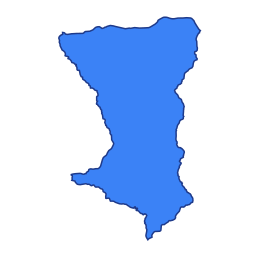 Caramanta, Antioquia, Colombia (Albers equal-area conic projection), rotated 271°
{"feature_id": "7082276B65135534410958", "entity_name": "Caramanta", "entity_type": "district", "adm_level": 2, "iso_a3": "COL", "parent_name": "Colombia", "parent_adm1": "Antioquia", "projection": "albers", "projection_center": [-75.642, 5.562], "detail": "fine", "context": "isolated", "style": "filled", "palette": "blue", "viewbox_px": 256, "rotation_deg": 271, "n_neighbors": 0, "source": "geoboundaries", "source_scale": "gbopen_adm2", "svg_char_len": 5808}
<svg xmlns="http://www.w3.org/2000/svg" viewBox="0 0 256 256"><g transform="rotate(271 128 128)"><path d="M16.6,149.8L17.4,150.4L18.0,151.3L19.2,153.9L21.2,153.7L22.8,154.5L24.7,156.1L25.0,156.8L25.3,161.4L25.6,162.0L26.0,162.5L26.7,162.7L30.8,163.0L31.2,163.1L31.6,163.5L32.1,164.5L32.0,165.8L33.8,168.2L34.7,169.7L35.9,170.5L36.1,170.8L36.0,171.9L36.6,174.3L37.7,176.3L39.0,177.1L40.7,177.0L41.3,177.3L42.9,178.3L45.7,180.8L49.1,181.8L49.7,182.3L50.0,182.9L49.9,184.9L50.3,185.8L51.9,187.3L51.9,188.7L52.2,189.1L52.5,190.6L52.9,191.2L54.2,192.3L54.7,193.0L54.8,193.8L56.5,194.2L58.7,194.0L59.5,193.6L59.8,193.6L60.5,192.8L62.4,192.0L63.2,191.4L63.7,190.3L64.3,189.7L64.7,188.4L65.3,188.2L65.8,187.7L67.1,187.4L67.4,187.1L67.4,186.4L68.0,186.3L68.6,185.7L69.7,185.3L70.2,184.5L71.9,183.1L72.9,183.0L73.8,183.3L73.9,183.2L73.9,182.6L74.8,182.5L75.1,181.4L76.3,180.7L78.2,179.9L79.0,179.7L79.9,179.9L80.3,179.9L81.2,178.8L82.0,178.9L82.2,178.7L83.1,178.7L83.9,178.3L86.9,178.9L88.7,179.6L89.2,180.0L90.8,180.0L91.6,180.7L92.6,180.9L93.1,181.7L93.9,181.7L94.1,181.6L95.1,180.4L95.7,180.0L96.4,180.3L96.9,180.9L98.2,181.1L99.6,183.7L99.9,183.9L100.8,183.6L101.5,184.0L102.4,184.1L104.7,184.7L105.5,184.6L106.4,184.1L108.3,182.3L108.5,181.5L109.2,181.1L109.4,178.9L110.2,178.0L111.9,177.2L112.9,176.9L113.6,177.4L115.2,177.2L115.7,176.6L117.5,176.1L120.9,176.3L125.6,176.1L126.2,176.5L126.8,176.2L127.4,176.2L128.6,176.8L131.3,177.4L132.7,178.2L133.7,179.0L135.9,179.6L136.8,180.4L137.2,181.1L137.8,182.6L138.4,183.1L139.8,183.1L140.5,183.6L141.4,183.0L142.3,183.0L145.3,183.2L146.8,183.2L147.4,183.4L148.2,183.2L148.8,183.5L149.7,183.5L150.2,183.8L153.1,182.9L155.0,181.6L157.5,180.8L159.2,178.2L159.5,178.0L160.2,177.9L161.9,177.1L164.0,175.0L164.3,174.6L164.8,174.6L166.2,173.9L166.6,174.0L167.5,174.6L168.7,176.2L169.7,176.4L170.3,176.6L170.8,177.1L171.4,177.1L171.7,177.3L172.2,178.1L172.6,179.3L173.8,180.7L174.9,180.7L175.6,181.2L176.9,181.2L177.3,181.5L177.4,181.8L178.4,183.0L183.0,183.5L183.8,183.8L185.8,186.1L186.1,186.8L187.2,187.5L188.2,188.5L189.3,190.9L190.8,191.8L193.9,192.2L195.8,192.8L196.9,194.1L197.4,195.7L198.2,196.0L198.6,195.9L199.7,195.0L201.2,194.7L202.2,194.8L203.3,193.4L204.5,193.3L205.5,193.5L206.0,195.0L207.0,195.8L209.2,196.0L210.8,195.5L215.9,195.2L217.3,194.6L218.5,194.6L220.0,195.0L221.5,195.6L224.0,196.9L224.4,197.8L226.0,198.0L226.3,198.5L226.6,198.7L227.9,197.2L230.7,195.3L234.3,193.0L236.5,192.0L238.7,189.7L239.1,188.5L239.3,184.7L238.9,180.7L238.8,176.2L238.0,172.0L238.0,170.1L238.4,168.0L239.2,165.5L239.4,164.3L239.4,162.1L239.1,161.1L237.1,157.5L236.1,156.1L235.1,155.9L234.1,155.2L232.4,153.4L229.4,148.6L228.7,147.0L228.4,143.3L228.1,137.7L228.5,132.9L227.7,128.9L227.9,127.6L227.2,123.6L229.3,113.6L229.8,111.7L230.2,108.5L229.2,105.2L228.6,104.4L228.4,103.2L227.5,101.9L227.1,100.3L228.2,98.7L228.8,97.5L228.7,96.1L228.4,94.8L227.9,93.7L225.5,91.2L224.5,89.0L224.1,88.2L223.7,83.7L223.2,82.9L222.1,81.9L221.8,80.9L221.6,75.0L221.2,69.8L220.5,65.9L220.8,63.8L221.8,63.1L222.2,62.4L222.4,60.9L220.5,61.0L219.5,59.0L219.1,58.8L218.8,58.2L218.1,57.7L217.0,57.3L216.4,57.3L214.4,58.0L212.5,57.8L210.6,58.6L209.0,58.7L204.8,60.8L204.0,62.2L202.6,63.6L201.1,64.1L200.2,64.1L199.4,63.8L199.0,64.0L198.5,66.4L198.1,67.3L197.6,67.4L196.7,66.8L196.3,66.8L196.1,67.3L195.9,68.3L195.4,68.9L194.2,70.0L192.5,70.7L192.0,72.7L191.0,73.6L190.6,75.1L190.0,75.3L189.4,74.7L189.2,74.8L188.8,75.3L187.3,76.0L186.0,75.9L185.2,76.2L184.9,76.6L184.7,78.4L180.5,79.3L178.5,80.3L178.0,81.7L176.9,81.7L175.9,82.0L174.6,84.2L172.8,85.6L172.1,87.2L171.5,87.9L171.2,88.1L170.0,88.2L169.8,88.4L169.7,89.1L169.2,89.6L167.4,89.7L167.2,90.1L167.4,90.9L167.2,92.0L166.4,93.3L165.8,93.6L165.1,94.6L164.8,96.3L163.5,96.5L162.4,97.1L160.4,97.5L159.5,97.2L159.0,96.3L158.5,96.1L154.7,96.2L154.3,96.5L154.2,97.0L153.6,96.6L152.1,96.1L151.5,96.1L151.2,96.3L151.1,97.1L150.3,97.4L148.7,98.9L148.2,99.8L147.4,99.8L147.2,100.1L146.5,100.3L145.8,100.7L145.4,101.3L143.9,101.3L142.9,101.7L142.4,101.4L140.4,102.3L137.0,102.8L136.8,102.9L136.4,104.5L135.7,105.0L135.1,105.1L133.0,104.7L131.4,105.5L130.5,105.6L130.3,105.7L130.2,106.2L129.7,106.5L128.9,106.6L127.9,107.3L127.6,108.1L126.7,109.3L125.9,109.4L124.6,110.1L123.6,110.3L122.8,110.1L122.2,110.2L121.7,110.6L121.0,110.9L120.6,111.6L120.4,111.6L115.9,111.9L112.8,113.8L112.1,114.0L110.8,113.6L107.6,112.1L107.0,111.7L105.1,109.2L103.1,108.0L100.9,107.1L100.2,106.6L98.9,104.8L97.9,103.8L95.9,103.0L89.5,101.3L88.1,100.4L87.6,99.9L86.9,98.9L86.8,98.5L86.8,96.7L86.2,93.8L86.5,91.5L86.2,90.3L85.8,89.6L84.1,89.1L83.0,87.4L82.5,87.1L81.7,86.9L81.5,85.7L81.0,84.8L81.1,83.6L81.7,81.7L81.8,80.7L81.4,76.2L81.0,73.7L80.6,72.4L80.5,72.1L80.1,72.0L79.4,73.1L78.1,73.2L77.1,72.9L75.8,73.2L74.7,72.7L74.0,75.9L72.9,76.3L71.3,77.8L70.9,78.3L70.7,79.2L70.5,81.2L71.6,86.9L71.0,88.5L71.1,89.7L71.0,90.3L69.7,92.2L69.7,92.8L70.2,93.6L70.4,94.3L70.3,94.9L68.5,96.4L68.4,96.9L68.5,99.4L68.3,99.9L66.9,101.6L66.4,103.4L65.6,104.0L64.2,104.2L63.8,104.5L63.0,106.2L62.4,106.8L61.6,107.2L58.8,106.9L57.3,107.1L57.2,107.4L57.5,109.4L57.4,110.3L57.0,110.7L54.6,111.7L54.6,114.0L54.4,115.3L53.5,116.6L52.1,120.7L51.9,122.7L51.9,123.5L52.2,124.3L51.7,126.3L51.6,127.7L50.5,129.0L50.1,130.0L49.5,130.6L48.7,132.0L48.0,134.6L48.0,134.9L49.1,135.9L49.3,136.5L48.8,136.8L47.6,136.6L47.6,136.8L48.0,138.5L47.4,138.9L47.1,138.8L46.3,137.7L45.8,137.7L45.6,138.2L45.6,139.2L45.1,140.0L44.8,140.4L43.6,141.3L42.7,142.6L42.6,143.6L41.5,144.7L41.7,145.2L42.4,145.8L42.2,146.4L42.3,147.0L42.0,147.5L40.9,148.3L38.3,147.2L38.0,146.7L37.0,146.7L35.7,146.2L34.6,146.2L33.9,146.7L33.3,146.3L33.0,146.4L32.0,147.3L31.5,147.6L29.8,147.9L28.6,147.8L27.7,148.1L26.8,148.6L25.0,148.5L21.1,147.8L19.7,148.0L18.5,148.6L16.6,149.8Z" fill="#3b82f6" stroke="#1e3a8a" stroke-width="1.5"/></g></svg>